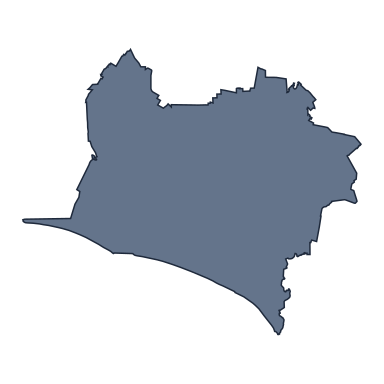 outline of Guasave, Sinaloa, Mexico
{"feature_id": "50627088B56884755613455", "entity_name": "Guasave", "entity_type": "district", "adm_level": 2, "iso_a3": "MEX", "parent_name": "Mexico", "parent_adm1": "Sinaloa", "projection": "orthographic", "projection_center": [-108.478, 25.508], "detail": "fine", "context": "isolated", "style": "filled", "palette": "slate", "viewbox_px": 384, "rotation_deg": 0, "n_neighbors": 0, "source": "geoboundaries", "source_scale": "gbopen_adm2", "svg_char_len": 5802}
<svg xmlns="http://www.w3.org/2000/svg" viewBox="0 0 384 384"><path d="M310.0,254.5L309.9,242.6L310.7,242.7L310.8,242.6L311.1,241.4L311.7,240.1L316.6,241.5L319.3,227.0L321.0,216.1L320.5,216.0L322.0,208.5L322.9,207.6L324.0,206.9L326.1,206.6L327.7,205.2L328.8,205.1L329.8,203.6L331.6,202.2L331.6,201.4L344.5,199.7L345.5,199.9L354.2,203.1L354.6,203.2L355.3,203.2L356.9,201.5L357.0,201.2L356.5,199.4L354.4,192.8L354.3,192.4L353.8,190.7L353.1,190.3L352.2,190.0L351.7,189.7L350.8,189.3L350.8,189.0L351.8,184.0L354.3,182.1L354.0,180.6L356.2,179.2L356.7,173.2L347.1,155.9L347.7,155.4L348.6,155.2L349.3,154.9L349.5,154.4L354.6,149.9L356.3,148.3L356.5,148.4L356.9,148.6L357.2,148.4L357.7,147.8L357.7,147.5L358.3,147.1L358.5,146.2L359.4,145.4L359.6,145.7L360.2,145.3L361.0,144.2L354.7,136.7L344.7,134.6L344.1,134.5L344.2,134.2L335.4,132.6L332.0,132.1L327.7,127.6L325.6,127.1L313.2,124.7L313.5,123.0L308.7,120.5L310.0,118.6L311.1,119.2L311.9,117.8L309.6,116.4L310.0,115.6L309.9,115.3L308.7,114.2L307.9,114.9L307.8,110.0L307.2,109.3L307.5,109.0L307.2,108.2L307.9,107.4L310.6,110.3L313.1,108.0L314.8,108.4L314.7,107.4L314.1,105.7L312.8,102.3L315.8,99.7L314.2,97.7L313.0,96.5L310.9,93.9L310.5,93.4L310.4,93.2L307.8,90.7L306.2,90.3L300.7,85.1L301.2,84.3L298.7,82.0L297.9,82.4L298.4,83.8L298.2,84.9L298.1,85.0L297.8,84.7L297.5,84.6L297.5,85.2L297.0,86.2L296.9,87.0L295.9,88.6L294.9,89.0L294.2,88.7L293.5,87.9L293.4,87.3L293.4,86.3L293.9,85.5L294.2,85.5L294.0,84.0L294.3,83.5L294.4,83.3L293.6,83.1L293.5,83.8L292.8,85.1L292.7,85.1L292.3,85.4L291.8,86.1L291.5,85.9L290.7,86.9L289.6,87.8L288.9,88.7L289.3,89.1L288.8,89.6L289.2,89.9L288.7,91.2L288.4,91.6L288.6,91.6L288.4,91.9L287.5,92.4L286.9,92.5L287.1,91.8L287.1,91.5L286.1,78.9L276.1,77.4L266.4,77.3L265.5,77.1L265.4,70.5L261.7,68.9L261.1,69.0L258.0,67.3L254.2,88.1L250.6,88.2L250.6,88.6L250.1,89.8L249.8,91.1L248.4,91.1L242.9,91.4L242.7,88.6L239.7,88.7L239.9,88.1L238.3,88.1L238.3,88.3L237.0,88.2L236.4,88.6L236.4,92.8L225.1,90.4L220.9,89.7L221.1,94.0L216.9,94.1L217.0,97.8L212.8,97.9L213.0,103.0L210.3,102.1L210.1,103.3L208.2,103.2L208.1,104.9L206.7,105.0L206.2,104.9L197.8,105.1L193.5,105.0L171.3,104.7L171.3,107.0L168.1,103.9L167.1,105.2L165.7,106.4L164.5,107.2L163.4,108.2L157.7,105.0L160.4,100.4L157.0,98.4L158.8,95.4L153.1,92.1L152.2,91.4L151.9,91.0L151.3,89.9L150.9,88.6L150.9,76.3L150.9,75.5L151.7,71.1L151.7,70.5L151.5,70.1L151.1,69.8L148.2,68.2L147.6,68.1L147.2,68.3L145.4,69.5L145.4,66.8L140.8,66.8L138.8,63.0L134.8,58.3L134.3,57.4L130.5,49.4L129.7,50.7L129.3,50.7L128.9,51.2L127.3,51.3L125.9,53.7L125.7,53.6L124.8,55.1L123.7,54.4L122.7,56.1L121.9,56.2L117.7,63.5L116.0,66.3L110.8,63.2L110.0,64.6L109.3,64.1L108.8,64.8L108.5,65.3L108.4,65.4L108.2,65.4L107.8,66.2L107.8,66.7L107.4,66.4L105.8,68.4L105.2,68.8L104.4,69.0L104.0,69.4L103.5,70.4L102.0,72.9L101.8,73.3L101.8,74.2L100.7,74.4L100.9,74.8L101.4,74.6L101.6,74.7L101.2,75.0L100.9,75.5L100.8,75.8L103.1,77.1L102.0,78.9L101.0,78.3L98.0,83.4L97.7,83.6L97.8,84.1L97.4,84.2L96.8,84.3L92.7,84.5L92.1,85.0L90.0,87.6L88.1,89.3L92.3,89.8L90.1,92.5L89.1,93.6L88.6,94.2L88.4,94.7L88.3,95.4L85.9,99.9L85.9,101.6L85.7,102.4L86.5,102.3L87.3,119.4L87.6,122.5L87.7,127.6L88.3,132.0L88.0,133.6L88.1,135.1L88.4,141.1L90.1,141.3L91.8,146.6L95.6,152.9L96.5,155.9L97.0,156.7L95.2,157.5L96.9,160.2L96.4,159.9L95.4,160.0L93.9,159.4L94.6,156.8L94.5,156.3L94.4,156.1L92.8,155.0L92.3,155.0L91.9,155.2L92.6,159.4L90.9,160.9L90.4,161.5L89.6,163.0L89.1,164.6L89.0,164.8L76.8,189.6L79.8,191.5L78.9,197.3L75.0,204.1L70.6,218.5L24.8,219.2L23.0,219.7L23.3,220.2L23.0,220.7L23.1,221.1L23.2,221.3L23.6,221.7L24.7,222.4L25.5,222.7L27.4,222.9L33.0,223.2L39.4,223.9L43.6,224.7L48.5,225.4L58.7,227.6L62.4,228.5L69.0,230.4L75.5,232.9L79.9,234.7L86.1,237.5L98.4,244.2L103.5,247.4L108.6,250.1L110.9,251.5L112.1,252.6L113.3,253.5L113.6,253.5L113.9,253.3L114.1,253.0L132.8,253.6L133.5,254.4L135.0,255.3L137.2,255.8L142.3,256.6L157.2,259.8L162.8,261.3L172.3,264.4L181.2,267.6L191.0,271.4L207.5,278.3L212.9,280.9L216.3,282.9L219.1,284.3L223.1,286.0L234.7,291.6L235.0,292.5L243.8,296.8L252.8,303.1L255.3,305.3L258.9,308.8L264.2,315.9L271.4,325.0L273.4,327.9L274.4,330.4L274.6,331.3L274.8,331.5L275.3,331.5L275.6,331.6L276.0,331.8L276.7,332.4L277.6,333.7L277.7,334.3L278.1,334.6L278.5,334.2L278.8,334.1L279.1,333.7L279.5,334.0L279.6,333.4L280.1,332.4L280.6,332.0L280.8,330.2L281.4,329.8L282.7,327.9L283.0,326.8L283.1,326.1L283.5,324.6L283.4,323.1L283.7,322.0L284.0,320.0L283.8,319.3L283.2,318.5L282.9,317.8L282.1,317.5L281.8,317.0L281.1,316.6L280.7,316.2L279.6,315.7L279.2,314.9L279.3,313.2L279.5,313.1L280.1,313.2L280.1,312.7L279.9,312.5L279.7,311.6L279.4,311.0L279.0,310.7L279.2,310.2L280.3,310.2L284.3,307.5L284.1,301.7L284.8,300.6L287.2,299.4L288.8,298.2L289.9,296.9L290.1,295.5L289.8,293.9L289.8,292.7L290.1,292.0L290.2,291.2L289.3,289.1L288.8,288.9L288.4,289.3L288.5,289.9L288.5,290.3L288.1,290.6L287.0,290.3L286.5,290.3L286.1,290.7L286.1,291.2L286.0,291.6L285.7,291.8L285.0,291.7L284.3,291.2L283.8,290.0L283.7,288.1L283.5,287.7L282.2,286.4L281.3,285.3L281.3,284.5L281.5,283.3L281.5,282.0L281.9,281.3L281.9,280.4L282.6,279.8L283.2,279.3L284.2,279.2L284.5,279.0L284.7,278.4L284.3,278.2L284.1,278.3L283.9,278.2L284.0,277.3L283.4,276.8L283.3,276.5L283.7,269.4L283.8,269.2L286.0,268.5L286.9,267.9L286.2,267.2L287.6,264.0L285.7,259.0L287.9,258.1L288.8,258.9L290.8,258.8L292.0,258.5L293.6,257.3L294.4,256.2L295.1,253.5L295.8,253.6L296.5,254.2L296.9,255.4L296.9,256.1L297.8,256.6L298.1,256.4L299.6,255.4L300.3,255.3L300.4,255.1L300.8,255.0L301.2,254.7L301.5,254.9L301.6,254.6L302.5,254.2L302.7,254.4L303.1,254.3L303.5,254.1L303.8,253.4L304.1,252.9L304.5,252.7L304.9,252.6L305.1,252.8L305.2,253.0L305.2,253.3L304.8,253.6L304.8,253.9L305.1,253.8L305.7,253.3L307.0,253.2L307.0,254.5L310.0,254.5Z" fill="#64748b" stroke="#1e293b" stroke-width="1.5"/></svg>